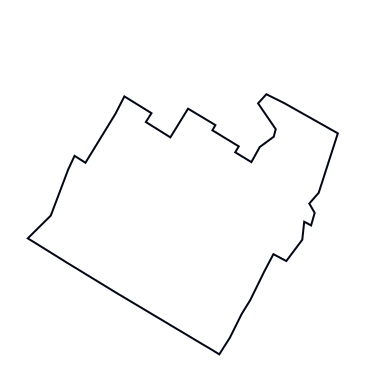 Tioga, New York, United States of America, rotated 31°
{"feature_id": "52423323B79140225975519", "entity_name": "Tioga", "entity_type": "district", "adm_level": 2, "iso_a3": "USA", "parent_name": "United States of America", "parent_adm1": "New York", "projection": "robinson", "projection_center": [-76.287, 42.204], "detail": "fine", "context": "isolated", "style": "outline", "palette": "ink", "viewbox_px": 384, "rotation_deg": 31, "n_neighbors": 0, "source": "geoboundaries", "source_scale": "gbopen_adm2", "svg_char_len": 692}
<svg xmlns="http://www.w3.org/2000/svg" viewBox="0 0 384 384"><g transform="rotate(31 192 192)"><path d="M225.9,68.3L205.4,69.9L203.0,82.0L231.4,95.0L233.6,102.5L226.9,118.6L227.5,135.8L208.6,135.7L208.6,128.8L177.7,128.6L177.6,122.6L145.7,122.6L145.3,156.3L116.4,155.8L116.7,145.3L84.8,144.9L86.1,164.2L85.6,221.8L72.7,221.5L74.3,236.5L83.1,284.9L75.1,316.3L117.0,316.9L120.2,317.0L122.4,317.0L178.0,317.4L181.1,317.4L279.4,317.1L286.5,317.0L290.2,317.0L299.0,317.1L299.5,297.2L297.4,270.9L297.6,254.8L294.9,223.0L293.8,203.4L308.4,202.6L311.1,176.1L303.5,159.7L311.3,159.3L307.9,146.7L298.5,141.5L301.0,127.4L286.8,66.6L225.9,68.3Z" fill="none" stroke="#020617" stroke-width="2"/></g></svg>